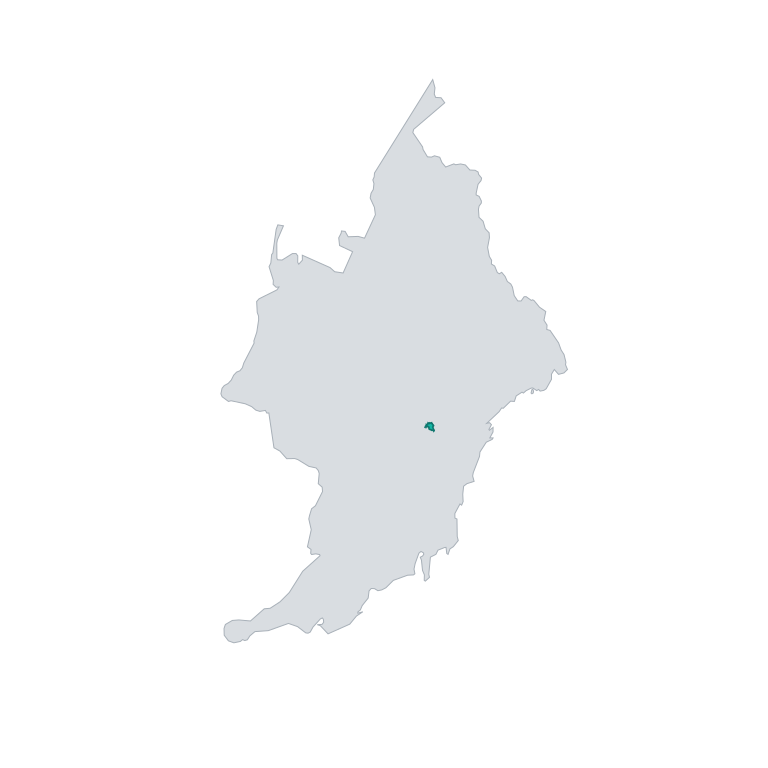 Anzoátegui, Tolima, Colombia (highlighted), rotated 204°
{"feature_id": "7082276B15169837386348", "entity_name": "Anzoátegui", "entity_type": "district", "adm_level": 2, "iso_a3": "COL", "parent_name": "Colombia", "parent_adm1": "Tolima", "projection": "equal_earth", "projection_center": [-75.176, 4.624], "detail": "fine", "context": "in_parent", "style": "filled", "palette": "teal", "viewbox_px": 768, "rotation_deg": 204, "n_neighbors": 0, "source": "geoboundaries", "source_scale": "gbopen_adm2", "svg_char_len": 6080}
<svg xmlns="http://www.w3.org/2000/svg" viewBox="0 0 768 768"><g transform="rotate(204 384 384)"><path d="M426.4,106.3L420.7,109.4L409.6,113.2L402.0,129.9L396.8,132.8L390.4,142.7L385.7,155.0L382.1,179.9L372.6,201.1L373.4,202.0L377.2,201.1L380.8,198.8L382.1,199.5L383.4,203.2L387.7,204.1L391.2,221.3L397.8,230.1L398.5,233.4L399.4,240.6L397.1,244.9L396.4,260.7L398.5,264.6L403.5,266.2L406.8,275.9L408.8,278.2L411.9,279.7L419.1,278.2L432.1,279.9L435.2,279.6L442.5,276.2L451.8,280.4L458.6,281.0L477.4,310.7L479.2,309.8L481.6,311.6L486.3,308.5L490.4,308.0L495.7,309.5L502.7,309.5L516.9,306.5L519.0,304.8L526.7,306.5L529.0,308.7L530.2,314.2L529.3,317.6L526.6,321.1L525.1,325.5L524.9,330.9L523.5,334.9L521.0,337.5L520.0,341.2L520.6,346.2L519.3,368.5L520.4,370.4L521.3,379.6L524.6,391.6L526.2,395.0L528.9,397.8L533.9,407.6L532.8,411.0L520.1,426.4L519.4,429.9L521.9,428.5L525.8,429.9L527.2,433.6L536.7,444.4L536.6,448.5L539.3,456.6L538.8,458.4L545.4,481.4L545.7,486.2L540.2,487.6L540.0,472.2L539.2,469.0L533.0,455.3L531.7,454.2L527.5,455.8L520.7,465.9L517.4,467.4L514.9,466.0L512.3,460.0L510.6,458.8L508.9,463.9L511.0,468.4L480.6,468.4L474.7,466.5L466.5,468.8L466.5,492.1L480.9,492.4L484.8,499.1L484.5,504.5L485.1,506.5L481.6,507.6L476.6,503.9L467.7,508.3L461.1,509.3L460.7,535.1L464.6,541.5L472.3,548.3L473.4,553.0L472.9,557.4L474.7,563.0L477.2,565.9L477.2,569.2L478.5,572.9L463.3,681.9L457.9,675.3L456.0,669.3L453.4,666.8L448.3,668.7L442.9,665.6L460.5,628.7L459.9,625.4L445.2,616.3L443.7,614.1L436.7,609.2L432.9,610.6L430.7,613.0L425.3,613.8L421.0,609.8L415.9,607.3L409.7,613.5L407.8,613.4L403.5,616.2L398.7,617.2L392.6,614.4L387.7,616.3L384.2,615.9L382.9,614.0L378.6,611.8L378.1,609.3L379.3,604.7L377.4,595.7L376.7,594.2L373.4,594.1L369.5,590.8L368.7,588.9L369.5,585.2L368.8,582.1L365.0,574.9L359.7,573.0L354.6,567.0L349.5,564.9L347.2,560.6L344.9,550.9L339.7,543.4L336.0,540.8L334.7,537.3L330.9,536.8L325.8,531.9L323.5,531.6L321.9,533.9L317.1,531.5L313.0,527.8L308.8,526.9L306.0,524.7L301.0,517.7L295.6,514.3L292.5,515.6L291.5,520.7L289.7,521.6L283.4,520.3L282.4,521.4L280.8,521.2L273.2,517.4L265.7,516.0L263.8,507.3L259.0,504.1L257.5,500.0L254.1,500.5L241.3,492.6L236.0,487.1L231.5,484.1L226.7,477.9L226.0,475.4L222.3,471.9L224.1,467.3L228.5,463.8L234.3,466.5L235.0,461.1L232.9,456.4L233.9,445.6L235.4,443.2L238.5,441.0L240.5,441.9L241.8,440.1L246.4,440.9L247.9,440.1L251.4,435.8L253.0,432.4L254.6,432.7L258.4,426.9L257.8,421.1L261.4,419.8L265.2,410.3L266.8,410.0L267.6,405.5L274.2,389.8L271.8,391.6L269.3,390.5L269.7,385.2L268.9,384.6L266.7,388.7L264.9,384.5L265.4,377.8L262.4,379.1L262.6,377.5L266.9,372.4L268.7,360.9L267.3,356.7L266.4,339.3L265.6,336.0L262.1,331.7L267.7,326.7L269.7,323.0L267.2,315.3L263.9,308.8L263.8,304.9L265.8,305.3L266.6,294.5L264.7,290.4L262.4,290.3L255.1,274.5L252.5,271.2L254.5,263.6L256.7,260.2L256.2,254.4L257.7,254.7L260.9,260.0L262.2,259.2L267.1,254.2L267.3,249.5L271.2,244.7L265.7,228.4L263.8,225.9L266.1,220.7L267.4,221.0L269.5,226.1L273.0,229.4L278.2,238.4L280.4,240.5L278.8,242.5L278.4,244.6L279.2,245.8L282.1,246.1L283.3,243.6L282.5,232.6L281.3,227.1L278.6,223.2L279.4,221.6L284.7,218.9L295.6,208.4L299.4,198.6L302.3,195.0L305.5,192.7L309.4,193.2L312.5,192.0L313.5,188.9L311.4,182.0L313.8,172.7L313.7,168.0L315.2,165.1L314.7,164.0L310.7,167.3L314.8,160.8L317.6,150.7L333.5,133.0L343.8,137.3L347.1,137.0L342.8,139.2L342.2,141.8L343.7,144.4L345.2,145.2L346.6,143.5L350.0,133.1L350.5,127.4L352.0,125.5L354.2,124.8L364.3,127.2L373.9,126.4L389.4,111.6L401.2,105.3L404.1,99.3L404.8,94.7L406.9,93.0L409.2,93.0L410.5,90.4L415.9,86.5L421.7,86.1L427.8,89.5L430.7,95.6L431.1,99.8L426.4,106.3ZM246.6,438.9L245.9,439.7L244.5,438.3L244.0,436.5L244.9,435.2L246.0,435.6L246.6,438.9Z" fill="#d9dde1" stroke="#a8b0b8" stroke-width="1"/><path d="M319.2,361.6L319.2,362.0L319.3,362.1L319.5,362.2L319.6,362.4L319.7,362.5L319.9,362.5L320.0,362.6L320.3,362.8L320.5,363.1L320.8,363.2L320.9,363.3L321.0,363.4L321.3,363.6L321.4,363.8L321.5,363.9L321.5,364.0L321.6,364.3L321.8,364.4L321.7,364.5L321.8,364.6L322.0,364.9L321.9,365.1L321.8,365.4L321.8,365.5L321.7,365.8L321.7,366.0L321.8,366.3L322.0,366.3L322.3,366.5L322.5,366.7L322.9,366.5L323.0,366.6L323.3,366.7L323.5,366.9L323.6,367.2L323.6,367.3L323.7,367.5L323.8,367.6L324.1,367.6L324.4,367.5L324.4,367.4L324.5,367.4L324.9,367.3L325.0,367.4L325.0,367.5L325.2,367.4L325.3,367.4L325.3,367.5L325.4,367.4L325.5,367.3L325.8,367.3L326.0,367.3L326.1,367.2L326.2,366.9L326.3,366.9L326.3,366.7L326.5,366.6L326.8,366.6L327.0,366.6L327.3,366.6L327.4,366.4L327.5,366.4L327.4,366.3L327.5,366.3L327.4,366.3L327.5,366.2L327.5,366.3L327.6,366.2L327.7,365.9L327.8,365.9L328.0,365.8L328.0,365.7L328.0,365.4L327.9,365.4L328.0,365.3L328.0,365.2L328.1,364.9L328.1,365.0L328.1,364.9L328.3,364.8L328.3,364.7L328.2,364.7L328.3,364.6L328.5,364.4L328.4,364.3L328.5,364.2L328.4,364.1L328.5,364.1L328.4,364.0L328.5,364.0L328.7,363.9L328.8,363.9L328.8,363.7L328.7,363.7L328.5,363.8L328.4,363.8L328.4,363.7L328.3,363.8L328.2,363.6L328.2,363.4L328.2,363.5L328.3,363.4L328.2,363.2L328.2,362.9L328.3,362.8L328.3,362.7L328.4,362.8L328.4,362.7L328.5,362.7L328.8,362.5L328.9,362.4L329.0,362.3L329.0,362.2L328.9,361.9L328.9,361.7L328.7,361.8L328.7,361.7L328.6,361.8L328.6,361.7L328.4,361.6L328.4,361.8L328.3,361.7L328.2,361.6L328.1,362.0L328.0,361.9L328.0,362.0L327.9,362.0L327.7,362.1L327.4,362.4L327.4,362.5L327.4,362.8L327.3,363.0L327.2,363.1L326.9,363.2L326.6,362.9L326.4,362.8L326.2,362.9L326.1,363.0L326.0,362.9L325.9,362.9L325.8,362.7L325.6,362.7L325.4,362.6L325.4,362.4L325.3,362.2L325.3,362.3L325.2,362.4L325.2,362.2L325.1,361.9L324.9,361.8L324.8,361.7L324.6,361.5L324.6,361.4L324.5,361.2L324.4,361.2L324.2,361.1L323.9,361.0L323.7,361.1L323.4,361.2L323.0,361.2L323.0,361.3L322.9,361.3L322.7,361.4L322.4,361.1L322.2,361.1L321.9,361.2L321.8,361.3L321.7,361.2L321.6,361.3L321.5,361.2L321.4,361.3L321.2,361.4L321.0,361.5L320.9,361.5L320.7,361.5L320.4,361.6L320.2,361.6L319.9,361.4L319.7,361.5L319.6,361.4L319.6,361.5L319.5,361.4L319.4,361.3L319.2,361.4L319.2,361.5L319.3,361.5L319.2,361.6Z" fill="#14b8a6" stroke="#0f766e" stroke-width="1.5"/></g></svg>